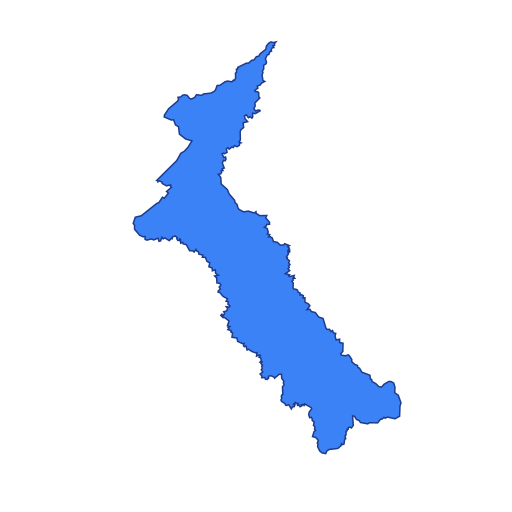 Fundación, Magdalena, Colombia, rotated 79°
{"feature_id": "7082276B77818351082127", "entity_name": "Fundación", "entity_type": "district", "adm_level": 2, "iso_a3": "COL", "parent_name": "Colombia", "parent_adm1": "Magdalena", "projection": "mercator", "projection_center": [-73.904, 10.46], "detail": "fine", "context": "isolated", "style": "filled", "palette": "blue", "viewbox_px": 512, "rotation_deg": 79, "n_neighbors": 0, "source": "geoboundaries", "source_scale": "gbopen_adm2", "svg_char_len": 6099}
<svg xmlns="http://www.w3.org/2000/svg" viewBox="0 0 512 512"><g transform="rotate(79 256 256)"><path d="M206.6,370.1L213.5,366.2L215.7,362.9L215.7,361.2L218.5,361.7L219.6,360.1L219.3,355.5L220.7,353.3L219.8,348.9L223.1,348.4L223.0,346.8L219.7,344.9L221.5,343.9L220.8,342.1L224.4,338.2L222.7,336.0L223.1,335.0L221.5,334.7L220.9,331.6L222.8,329.8L223.8,330.5L225.8,329.8L226.2,328.3L224.7,327.6L225.0,327.0L229.0,327.5L228.6,325.3L230.2,325.2L231.6,322.2L238.1,320.2L238.9,317.0L240.3,316.0L238.1,313.7L239.8,313.3L240.6,311.8L243.4,311.6L244.9,308.0L247.0,308.9L247.7,305.9L252.0,305.2L253.8,302.7L257.6,304.3L259.5,301.3L262.2,301.7L261.8,298.5L265.3,299.0L267.7,296.6L267.7,300.4L270.0,298.8L275.0,299.5L276.0,296.7L277.7,296.0L279.5,298.1L281.5,297.3L283.3,299.9L284.3,300.1L284.9,298.5L289.3,296.1L292.6,292.1L294.7,294.0L295.7,291.9L297.9,292.8L300.0,291.1L301.0,292.0L300.1,294.9L302.2,293.9L304.4,295.4L304.5,298.3L306.3,297.8L308.5,299.6L306.6,300.6L307.6,301.9L310.3,300.0L310.3,298.7L314.6,294.9L319.1,297.4L320.3,295.3L320.8,297.0L321.9,296.4L322.9,297.7L324.6,294.5L325.8,295.2L327.0,293.7L331.2,295.1L332.9,290.4L336.3,290.3L339.6,285.8L339.5,284.4L341.7,285.4L342.8,284.8L342.4,283.0L346.6,282.7L346.1,281.1L348.8,278.5L351.0,274.9L351.0,273.5L354.4,274.6L353.7,271.9L354.4,270.7L355.9,272.4L356.9,270.8L359.9,270.8L360.9,272.2L361.3,270.4L362.4,271.7L364.5,270.4L365.2,271.4L367.4,271.3L368.7,272.5L371.2,271.5L372.6,274.5L374.9,273.1L376.2,273.2L376.5,274.2L377.0,270.6L378.8,270.2L379.3,268.5L378.1,266.8L377.4,267.2L376.2,266.2L376.6,263.8L378.3,261.4L379.5,261.1L376.5,255.7L377.0,253.6L381.0,254.1L384.4,252.5L385.7,253.4L387.8,253.0L389.5,255.0L397.1,256.1L397.2,257.1L398.7,258.0L400.3,257.8L402.2,259.0L403.7,258.6L406.3,255.7L407.9,255.5L408.6,254.4L408.2,252.2L412.9,250.5L411.0,249.0L411.3,247.4L409.6,246.4L408.7,247.6L408.1,246.6L409.2,246.1L407.3,245.4L408.2,243.9L409.3,243.8L409.1,242.9L410.6,243.6L410.8,242.0L412.4,241.5L411.7,239.4L410.7,239.7L410.8,238.1L412.0,237.3L411.5,236.7L410.8,237.4L410.4,236.5L415.4,230.7L416.7,230.5L419.1,233.4L421.7,234.5L425.0,234.2L424.9,232.5L427.0,231.8L427.9,232.3L430.2,230.6L433.2,231.9L435.1,230.7L437.1,231.6L438.6,230.8L439.5,232.6L444.1,235.0L445.5,232.0L448.9,230.0L451.5,231.6L452.4,231.0L454.8,231.9L459.5,230.7L461.8,228.8L463.3,225.3L460.9,223.6L459.9,221.2L460.5,212.4L458.4,208.7L456.6,208.0L457.7,207.1L457.4,205.5L452.9,204.0L452.5,202.8L449.7,203.0L448.9,201.8L445.3,201.0L445.0,200.0L443.5,199.6L443.6,198.5L442.0,198.1L441.9,196.6L443.0,195.1L440.8,192.8L431.4,191.7L432.1,189.9L435.6,188.6L437.2,186.1L439.4,185.2L442.1,178.3L441.3,176.6L443.0,168.4L439.9,164.8L440.2,163.5L438.8,161.1L439.9,160.1L439.2,157.7L442.3,150.6L440.7,145.6L430.7,143.3L427.9,141.7L419.9,142.9L416.7,145.9L411.3,144.6L406.9,145.1L404.9,147.6L404.5,149.6L406.4,154.9L408.6,157.7L407.8,160.3L404.2,162.7L401.3,166.1L399.3,166.0L398.5,167.2L394.8,166.9L390.2,174.3L385.8,175.8L385.0,177.2L382.7,177.3L381.5,179.6L377.9,182.2L375.9,181.7L371.5,183.5L370.6,184.4L371.0,187.1L369.7,191.0L368.2,191.6L366.3,189.0L358.2,187.2L356.9,190.4L353.6,189.8L353.7,193.4L349.6,193.7L347.2,192.5L346.2,194.7L343.7,195.1L344.4,197.0L342.0,197.8L341.6,200.3L340.1,201.1L330.1,202.1L327.9,206.1L322.8,208.6L321.1,212.3L318.5,213.3L318.4,216.1L315.1,212.6L313.1,213.6L310.5,216.8L306.3,215.9L306.3,217.9L304.0,217.1L302.6,218.8L302.8,220.1L300.7,219.8L299.5,221.6L297.5,221.7L296.1,223.3L296.0,224.9L294.5,225.8L289.7,224.6L287.7,225.6L286.8,224.1L285.0,224.1L285.3,222.2L283.7,223.0L282.4,222.2L282.6,227.0L281.9,227.7L280.8,226.6L279.0,230.5L276.8,225.7L274.5,227.0L273.5,225.5L271.7,225.9L271.0,224.3L268.7,225.2L267.1,224.1L264.5,226.2L263.6,225.5L262.7,226.3L260.1,223.7L258.8,223.9L258.4,222.1L256.8,221.9L257.9,223.5L257.0,223.9L254.6,221.8L252.9,223.1L252.2,221.2L249.4,225.5L250.5,226.7L249.9,230.1L246.7,232.4L245.1,236.1L241.2,236.7L239.6,238.6L239.7,239.9L237.6,238.4L236.7,240.7L234.9,239.4L231.1,239.8L229.3,242.3L228.5,240.2L227.0,239.4L227.5,236.7L225.5,236.3L220.4,239.2L218.3,237.7L217.1,244.6L214.2,247.7L212.5,247.6L213.5,249.5L210.4,255.1L210.4,259.6L207.3,263.5L205.6,264.5L201.6,264.8L199.7,266.4L197.1,266.4L190.0,270.5L185.4,271.4L178.7,276.4L172.1,275.6L168.6,277.4L168.7,275.2L167.3,273.7L165.6,273.8L165.8,272.1L163.9,272.6L163.6,270.4L158.4,271.3L155.9,269.8L156.7,268.2L155.3,267.0L153.0,267.0L153.2,268.8L149.2,269.8L148.8,268.7L149.6,267.2L148.7,264.6L145.3,264.7L144.3,262.9L146.0,261.9L144.4,258.8L145.2,257.6L143.5,256.1L145.1,253.8L144.2,251.2L142.1,250.5L142.0,249.2L140.7,250.9L139.1,249.2L130.9,247.8L129.2,246.7L127.5,243.6L122.8,243.2L122.5,238.6L119.1,240.6L116.1,240.5L115.7,238.4L118.8,237.1L118.2,235.0L119.9,233.7L119.0,232.7L115.2,232.1L116.1,229.4L114.3,224.3L113.6,224.4L113.1,226.6L113.5,228.7L111.2,230.0L108.4,228.1L105.6,228.0L101.6,222.1L100.3,222.9L96.1,222.2L95.0,223.1L94.4,225.4L93.2,225.7L91.6,222.1L89.4,222.4L89.0,219.3L87.4,217.6L86.3,214.1L85.1,215.7L79.4,215.5L77.3,214.2L75.6,214.4L73.8,212.7L70.3,212.1L69.2,209.5L67.8,208.7L64.2,209.1L60.6,206.5L60.7,205.0L58.1,203.4L57.9,201.7L56.5,201.8L54.7,200.3L54.8,198.7L52.8,199.3L52.8,197.6L51.0,197.3L49.7,195.7L49.8,198.3L48.7,200.5L49.4,202.7L51.8,205.7L55.0,207.0L58.2,213.2L60.4,215.3L60.4,217.6L63.2,220.6L63.1,223.0L65.4,226.8L64.8,228.4L67.3,237.9L68.8,238.2L68.9,239.6L72.0,240.0L72.6,241.3L77.3,242.0L79.6,243.7L79.0,244.6L80.4,246.3L78.8,250.7L79.1,253.3L81.6,258.8L81.2,261.6L85.6,264.3L86.6,266.1L87.5,269.4L86.9,276.6L87.9,278.8L86.3,283.7L88.7,286.0L89.6,289.6L88.6,291.2L85.3,292.8L84.1,295.3L84.2,297.5L85.6,299.6L85.3,302.3L87.5,302.2L89.0,303.4L94.8,313.7L100.2,319.0L102.0,319.6L106.3,313.3L106.6,310.9L112.0,310.0L114.3,307.4L121.8,307.9L127.8,302.7L130.7,296.9L136.2,301.9L139.6,306.5L140.8,310.2L147.3,315.7L162.9,339.1L163.4,338.1L164.5,338.1L163.8,336.6L165.3,334.4L166.9,334.2L170.0,330.6L170.0,326.2L171.6,326.6L172.4,325.9L175.6,331.5L177.5,330.0L181.8,334.9L180.4,336.6L185.1,341.2L185.4,343.3L194.6,360.9L194.9,367.1L200.5,370.3L202.6,369.4L206.6,370.1Z" fill="#3b82f6" stroke="#1e3a8a" stroke-width="1.5"/></g></svg>